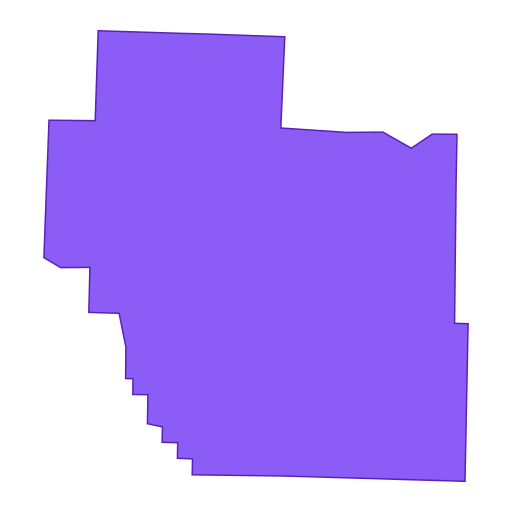 the district of Miller, Missouri, United States of America
{"feature_id": "52423323B49877300936601", "entity_name": "Miller", "entity_type": "district", "adm_level": 2, "iso_a3": "USA", "parent_name": "United States of America", "parent_adm1": "Missouri", "projection": "equal_earth", "projection_center": [-92.479, 38.224], "detail": "fine", "context": "isolated", "style": "filled", "palette": "violet", "viewbox_px": 512, "rotation_deg": 0, "n_neighbors": 0, "source": "geoboundaries", "source_scale": "gbopen_adm2", "svg_char_len": 563}
<svg xmlns="http://www.w3.org/2000/svg" viewBox="0 0 512 512"><path d="M43.9,257.6L60.6,267.6L89.9,267.4L88.8,312.4L119.1,313.3L125.9,347.0L125.6,378.6L133.0,378.7L132.8,394.5L147.9,394.7L147.4,423.7L162.4,426.9L162.1,442.3L177.7,442.7L177.4,458.3L192.5,458.9L192.2,474.8L282.7,476.0L465.0,481.3L468.1,323.7L454.6,323.3L454.9,293.1L456.1,181.3L457.0,134.3L432.2,134.1L411.2,148.2L382.9,132.1L346.3,132.4L280.8,128.0L284.8,36.8L209.4,34.1L179.2,33.3L102.3,30.9L98.2,30.7L95.2,120.7L49.0,120.2L43.9,257.6Z" fill="#8b5cf6" stroke="#5b21b6" stroke-width="1.5"/></svg>